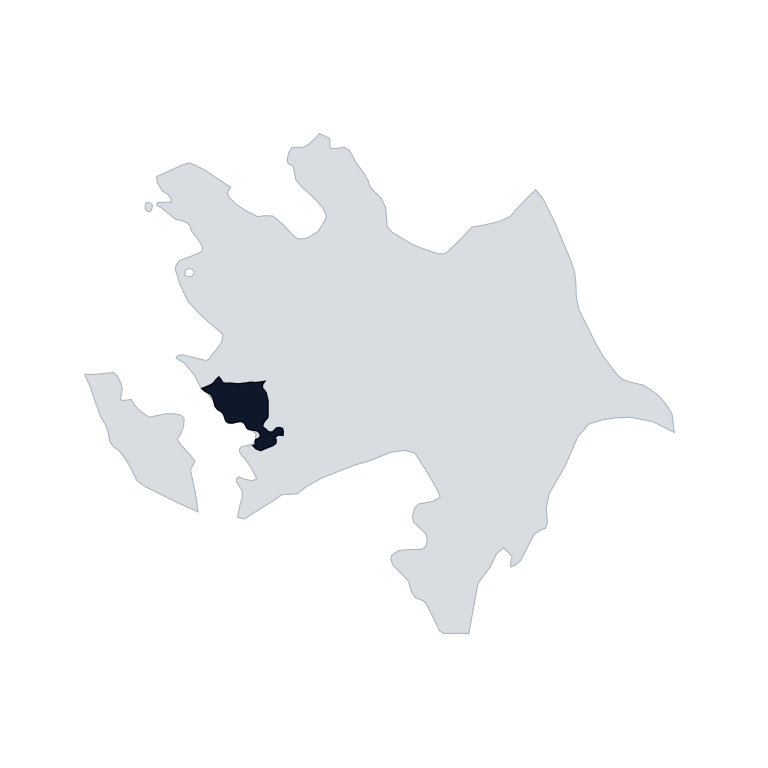 location of Laçın within Azerbaijan, rotated 13°
{"feature_id": "AZE-1735", "entity_name": "Laçın", "entity_type": "District", "adm_level": 1, "iso_a3": "AZE", "parent_name": "Azerbaijan", "parent_adm1": "", "projection": "natural_earth1", "projection_center": [46.402, 39.698], "detail": "fine", "context": "in_parent", "style": "filled", "palette": "ink", "viewbox_px": 768, "rotation_deg": 13, "n_neighbors": 0, "source": "natural_earth", "source_scale": "10m", "svg_char_len": 4406}
<svg xmlns="http://www.w3.org/2000/svg" viewBox="0 0 768 768"><g transform="rotate(13 384 384)"><path d="M522.8,608.8L519.8,608.5L498.2,613.6L493.6,612.0L475.0,588.9L471.1,586.3L463.1,585.3L458.4,581.5L454.6,575.3L452.4,570.7L433.1,558.2L430.3,553.6L429.9,549.6L432.7,546.0L435.9,542.9L445.2,539.8L456.1,537.1L459.6,535.2L461.4,531.9L461.2,526.5L459.4,521.3L443.7,511.7L441.9,507.6L441.4,502.6L442.2,497.3L444.7,493.2L457.4,487.6L464.2,481.8L459.9,475.3L446.1,460.5L429.6,444.3L418.7,444.1L406.2,448.9L386.2,462.8L375.1,468.7L360.6,478.5L344.8,489.4L331.9,501.0L323.9,510.6L309.5,514.8L302.2,522.8L278.1,547.0L271.4,546.7L270.9,534.7L271.3,525.2L269.7,519.7L261.9,512.3L261.8,509.0L263.9,507.0L269.9,508.2L277.6,507.8L281.3,504.9L273.0,495.0L265.7,488.4L259.5,484.0L258.1,481.3L258.1,479.4L259.4,477.2L270.0,471.8L271.1,466.8L270.4,461.2L253.6,453.0L241.0,456.1L229.7,446.8L222.5,439.7L213.4,432.1L205.4,427.9L197.7,418.3L184.3,408.4L175.6,405.6L175.8,404.1L177.4,402.3L181.0,400.8L204.9,401.2L207.8,399.4L209.3,395.2L212.6,388.9L216.4,379.7L216.1,371.9L192.1,359.4L174.7,347.9L162.7,332.7L154.6,318.8L154.9,314.1L157.2,309.7L175.9,296.9L177.2,293.6L176.8,291.4L170.2,284.8L161.8,278.1L159.2,273.1L154.0,270.6L144.0,270.4L126.6,262.1L122.8,261.3L122.0,259.7L122.9,258.0L135.4,254.7L135.2,251.9L131.5,248.3L124.4,245.6L118.0,239.0L115.8,233.1L138.4,215.7L145.0,212.2L159.8,215.4L190.4,226.9L188.3,233.3L191.4,236.9L198.4,241.8L211.9,246.7L223.3,249.3L229.0,247.1L237.8,245.3L249.3,251.0L259.8,258.2L265.0,261.1L267.9,262.0L275.8,259.6L285.4,250.3L289.2,239.0L290.3,233.6L284.7,226.1L273.2,218.0L260.2,210.9L251.9,204.6L246.6,192.2L241.3,190.9L240.0,189.3L239.1,185.0L239.3,179.1L241.2,174.6L246.4,172.6L251.6,171.9L256.4,167.6L262.4,159.1L264.9,154.4L276.1,157.1L277.6,164.7L279.6,166.3L284.3,165.4L292.0,162.2L298.2,164.6L306.1,173.7L317.1,183.3L323.1,189.7L325.4,194.2L331.0,198.5L339.3,203.5L345.8,211.5L351.7,229.9L357.6,234.2L378.8,241.2L386.3,242.6L407.1,245.1L414.4,243.3L425.0,227.4L434.6,211.1L443.6,207.6L459.8,199.7L469.4,192.3L473.5,184.2L482.5,169.0L488.1,160.5L497.7,168.1L514.5,188.6L538.5,222.2L544.4,231.6L548.3,242.7L551.8,256.0L557.3,267.8L581.7,297.5L592.2,308.5L609.4,322.7L615.4,325.9L623.4,326.8L637.9,326.8L651.5,332.4L658.2,336.3L665.1,342.0L671.4,348.5L677.8,365.9L654.4,360.2L630.8,361.1L617.6,364.8L604.7,369.9L592.5,377.1L584.9,391.2L578.7,423.8L569.5,454.2L569.9,468.3L574.3,481.9L573.8,488.3L569.5,491.0L564.1,496.8L557.0,524.8L553.4,530.4L548.8,533.8L547.5,530.5L547.7,523.2L537.3,516.7L531.9,524.0L528.3,539.4L520.9,555.6L520.5,558.7L522.8,608.8ZM173.0,321.7L174.1,317.3L171.1,315.4L168.0,315.3L165.3,317.4L165.3,322.9L169.0,323.9L173.0,321.7ZM95.3,448.7L91.8,444.2L90.2,441.7L100.6,439.6L117.9,433.6L122.6,436.5L127.7,442.6L130.2,447.9L130.6,457.6L132.6,459.2L141.1,455.9L144.8,459.9L151.3,464.6L162.5,469.2L178.7,461.9L186.8,460.1L193.5,460.2L197.0,462.5L198.3,470.1L197.0,479.4L195.1,484.5L198.5,488.2L211.8,497.2L217.3,502.2L214.6,510.9L224.4,532.0L227.8,540.3L231.7,550.5L211.3,546.5L174.8,537.9L164.7,533.5L155.2,521.7L149.6,516.0L141.2,508.7L134.4,505.9L129.2,500.8L126.2,493.3L121.9,486.5L114.4,478.6L97.5,451.5L95.3,448.7ZM117.9,267.7L115.6,269.2L112.2,267.7L111.2,264.3L111.4,260.8L114.9,260.0L117.7,261.0L118.5,264.2L117.9,267.7Z" fill="#d9dde1" stroke="#a8b0b8" stroke-width="1"/><path d="M241.4,456.9L239.1,456.2L237.6,454.8L235.1,450.3L233.6,448.5L231.8,447.5L227.8,446.4L224.5,443.8L220.4,435.9L217.6,433.1L210.9,431.2L207.5,429.5L209.5,428.0L213.6,425.2L217.4,421.8L219.4,417.5L221.5,414.3L224.2,416.4L226.8,419.2L230.4,418.8L234.1,417.7L241.7,416.7L249.1,414.2L253.6,412.3L258.3,411.6L262.7,410.1L267.2,408.2L265.7,412.1L266.5,415.5L268.9,417.0L271.1,419.0L274.7,426.3L276.6,434.6L277.6,438.7L278.0,441.3L278.3,442.8L277.7,443.9L276.5,446.1L275.1,449.8L275.5,453.3L277.9,454.1L279.9,455.1L281.7,456.6L286.1,456.1L286.8,454.9L289.3,450.9L292.2,449.9L295.1,450.2L296.6,453.1L296.9,455.6L297.1,456.8L292.4,457.5L290.6,459.5L289.6,460.6L291.4,462.6L291.7,464.0L292.0,465.6L292.0,465.9L290.0,468.7L287.1,470.7L283.0,473.5L278.9,476.6L274.1,476.0L270.1,473.5L271.4,472.9L272.1,471.9L272.2,470.7L271.4,469.3L271.5,467.1L272.7,466.1L274.2,465.1L275.2,463.5L274.9,461.3L273.6,459.6L271.8,458.5L270.1,458.1L263.5,458.7L261.4,458.4L259.8,457.3L257.4,454.1L255.9,452.9L252.3,452.6L245.1,456.2L241.4,456.9Z" fill="#0f172a" stroke="#020617" stroke-width="1.5"/></g></svg>